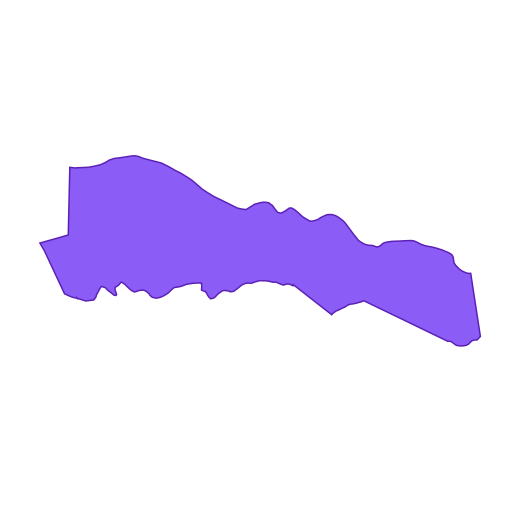 outline of Saltibus, Choiseul, Saint Lucia, rotated 83°
{"feature_id": "8701671B43129052292298", "entity_name": "Saltibus", "entity_type": "district", "adm_level": 2, "iso_a3": "LCA", "parent_name": "Saint Lucia", "parent_adm1": "Choiseul", "projection": "mercator", "projection_center": [-61.01, 13.813], "detail": "fine", "context": "isolated", "style": "filled", "palette": "violet", "viewbox_px": 512, "rotation_deg": 83, "n_neighbors": 0, "source": "geoboundaries", "source_scale": "gbopen_adm2", "svg_char_len": 5956}
<svg xmlns="http://www.w3.org/2000/svg" viewBox="0 0 512 512"><g transform="rotate(83 256 256)"><path d="M299.4,45.0L299.1,47.3L298.8,48.4L298.3,49.5L298.1,49.8L297.8,50.4L296.4,52.7L295.0,54.5L294.3,55.2L294.1,55.4L293.7,55.8L289.7,58.9L289.4,59.1L289.2,59.2L289.0,59.3L288.7,59.4L288.4,59.6L287.9,59.8L287.0,60.2L286.2,60.3L284.2,60.4L283.7,60.4L282.9,60.4L282.1,60.4L281.8,60.5L281.1,60.5L280.9,60.5L280.1,60.8L279.5,61.0L279.3,61.1L279.1,61.2L278.9,61.3L278.4,61.8L277.9,62.2L277.8,62.4L277.5,62.7L277.3,63.0L276.6,63.8L276.2,64.5L275.2,66.1L274.1,68.1L272.7,70.4L271.8,72.5L271.3,73.6L271.0,74.2L270.4,75.4L270.0,76.6L269.3,78.2L269.2,78.6L268.9,79.2L266.6,86.4L266.4,86.8L266.1,87.6L266.0,87.8L265.5,88.8L265.3,89.2L265.0,89.8L264.5,90.7L264.4,90.8L264.1,91.3L264.0,91.6L262.8,93.2L262.0,94.5L261.3,95.6L261.2,95.8L260.7,96.6L260.3,97.4L260.1,98.1L260.0,98.5L259.8,98.9L259.8,99.3L259.7,99.5L259.6,100.2L259.5,100.4L259.5,100.8L259.5,101.2L259.4,101.7L259.4,102.0L259.4,102.4L259.3,102.6L259.3,103.2L259.3,103.5L259.2,103.7L259.2,104.0L259.1,104.9L259.1,105.9L258.9,107.3L258.9,108.6L258.8,108.8L258.8,109.2L258.8,109.4L258.8,109.8L258.7,111.4L258.7,111.6L258.7,111.9L258.6,112.1L258.6,112.4L258.6,112.8L258.6,113.2L258.5,113.5L258.5,113.8L258.4,114.2L258.4,114.9L258.3,115.2L258.3,115.6L258.3,116.0L258.2,117.1L258.0,119.7L258.2,125.3L258.3,125.6L258.3,125.9L258.4,126.3L258.5,126.7L258.6,127.3L258.9,128.2L259.0,128.6L260.4,130.5L260.9,131.3L261.4,132.6L261.5,133.0L261.8,135.2L261.6,135.4L261.5,135.6L260.9,136.8L260.7,137.2L260.4,137.8L260.3,138.0L260.2,138.2L260.1,138.5L259.7,139.3L259.6,139.8L259.4,140.8L259.4,141.2L259.3,141.4L259.3,141.7L259.2,142.0L259.0,143.0L259.0,143.3L258.8,143.7L258.6,144.2L258.5,144.5L258.2,145.2L257.9,146.0L257.5,146.7L257.3,147.0L257.0,147.6L256.8,147.8L255.9,149.0L254.9,150.3L253.0,152.4L246.7,156.3L240.2,160.0L239.3,160.5L239.1,160.6L234.1,163.5L232.8,164.4L232.1,164.9L231.9,165.1L231.7,165.2L231.6,165.4L231.1,165.8L230.9,166.1L230.1,166.9L229.9,167.2L229.7,167.3L229.1,167.9L227.9,169.1L227.4,169.7L227.3,169.9L227.0,170.3L226.3,171.2L225.6,172.2L225.0,173.6L224.8,174.0L224.1,175.7L223.8,178.2L223.7,178.8L223.7,179.2L223.7,179.5L223.7,180.6L223.9,181.2L224.1,182.1L224.3,182.7L224.7,184.1L224.9,184.8L225.1,185.3L225.3,185.7L225.4,186.3L225.7,186.9L226.1,188.0L226.8,189.0L227.1,189.7L227.3,190.3L227.4,190.8L228.0,193.4L228.2,195.6L228.3,196.3L228.2,196.6L228.1,197.4L228.0,197.6L227.9,198.1L227.1,199.4L226.9,199.7L225.8,201.0L225.7,201.3L225.4,201.6L225.2,201.9L225.1,202.0L224.8,202.3L224.4,202.8L224.3,203.1L223.9,203.5L223.7,203.7L223.5,204.0L222.9,204.8L222.7,204.9L222.4,205.2L219.6,207.6L219.0,208.1L218.8,208.3L218.6,208.4L218.4,208.7L218.2,208.8L217.9,209.1L217.4,209.5L216.9,209.9L216.7,210.3L216.3,210.6L215.7,211.1L215.5,211.3L215.3,211.5L215.0,211.8L214.8,212.1L214.4,212.6L214.0,213.0L213.7,213.3L213.5,213.6L213.3,213.9L212.9,214.4L212.8,215.0L212.6,215.6L212.5,215.8L212.5,216.2L212.5,216.5L212.5,216.8L212.6,217.1L212.7,217.7L213.4,218.8L213.6,219.2L213.7,219.5L213.9,219.8L214.2,220.2L214.3,220.5L214.7,221.1L215.4,222.9L216.1,224.7L216.5,226.2L215.7,228.2L215.1,229.4L211.1,231.8L208.0,233.4L207.8,233.6L207.7,233.7L206.8,234.7L204.7,236.9L204.1,239.0L204.0,239.4L203.8,240.4L203.6,241.5L203.6,241.8L203.5,242.2L203.6,243.9L203.6,244.5L203.7,245.7L204.4,251.0L204.6,251.4L204.9,252.1L205.4,252.9L205.7,253.5L207.1,256.8L208.7,260.1L207.9,263.7L206.2,268.6L201.9,275.1L197.8,281.3L197.5,281.8L196.8,282.8L195.0,285.6L193.1,288.6L191.8,290.5L191.0,291.6L186.7,297.0L183.2,301.1L173.2,310.2L169.8,314.1L169.4,314.6L169.1,315.0L167.8,316.6L164.3,321.0L161.7,325.0L161.2,325.8L159.4,328.1L158.8,328.9L156.6,331.9L152.3,338.4L150.5,342.8L148.2,348.9L147.5,350.5L147.0,351.9L146.7,352.6L145.0,356.8L144.0,358.5L143.3,359.6L142.7,361.1L142.3,362.2L141.6,365.0L141.6,369.2L141.7,373.2L141.8,375.3L141.9,379.3L141.9,382.3L141.9,384.1L142.0,385.4L142.0,385.6L142.3,386.8L143.0,390.2L144.0,392.1L144.3,392.8L145.6,396.5L146.0,397.6L146.7,401.1L147.3,407.4L147.5,411.3L147.1,416.8L146.9,419.6L146.6,423.3L146.6,424.8L146.2,426.3L146.0,427.1L145.5,429.2L145.3,430.0L212.3,439.8L216.8,468.9L225.0,465.4L270.3,450.6L270.6,449.6L271.7,448.3L273.2,445.7L274.7,442.9L276.2,438.8L275.9,438.8L276.8,438.1L276.8,437.3L279.9,430.5L279.9,422.4L277.4,420.0L275.1,419.0L270.4,415.7L268.2,414.1L267.5,412.9L269.1,409.3L272.1,407.2L274.3,404.8L277.5,401.8L278.1,400.0L277.6,399.2L277.0,399.1L274.4,399.6L272.1,400.1L269.9,399.5L268.9,397.2L267.6,395.2L266.7,394.4L265.5,393.0L265.6,392.6L268.1,389.6L270.2,388.0L272.9,385.8L274.2,384.6L275.4,383.4L276.9,381.0L276.7,379.3L276.2,377.3L276.0,375.7L276.1,372.1L276.8,370.6L278.0,368.9L280.7,366.6L282.2,366.0L284.3,364.1L285.7,360.2L285.6,358.1L285.2,355.4L284.7,353.7L283.2,349.9L281.7,347.2L279.7,344.6L277.4,341.3L277.3,339.8L277.2,335.7L276.8,333.0L275.7,328.8L275.6,327.7L275.4,322.5L275.5,320.1L275.7,316.3L276.4,313.4L277.3,313.5L279.9,313.5L281.3,313.9L282.6,314.2L283.4,314.1L284.0,312.9L285.1,310.7L287.4,309.3L288.9,308.9L291.2,307.7L293.0,306.2L292.7,304.1L292.4,302.7L291.7,301.6L289.7,299.1L288.9,298.2L286.4,293.5L286.4,291.2L287.2,288.1L288.4,285.8L288.4,282.6L287.6,281.1L285.9,278.1L284.1,275.3L282.8,273.0L281.8,269.5L282.0,266.5L282.5,263.5L281.7,260.7L280.9,255.1L281.4,252.3L281.8,249.3L282.8,245.8L284.0,242.7L284.4,239.3L286.2,236.2L288.2,232.4L287.6,228.9L287.9,226.3L290.0,223.0L288.9,222.6L323.5,188.0L322.2,186.6L320.4,183.3L319.6,180.3L318.6,177.7L317.6,174.4L317.0,172.9L316.3,171.7L315.6,169.8L315.3,167.3L315.4,165.9L315.2,164.6L315.2,163.4L315.0,162.2L315.0,161.6L314.7,160.2L314.5,158.1L314.1,156.6L313.9,155.5L313.5,154.5L364.1,76.0L364.1,74.8L364.2,74.0L364.8,72.8L366.5,70.8L367.4,69.9L368.4,69.0L369.2,67.7L370.1,64.7L370.4,62.3L370.4,60.0L370.3,59.0L370.1,57.7L369.6,56.3L369.1,55.4L367.9,54.0L367.1,52.9L366.3,51.5L366.0,49.4L366.3,46.8L363.2,43.1L299.4,45.0Z" fill="#8b5cf6" stroke="#5b21b6" stroke-width="1.5"/></g></svg>